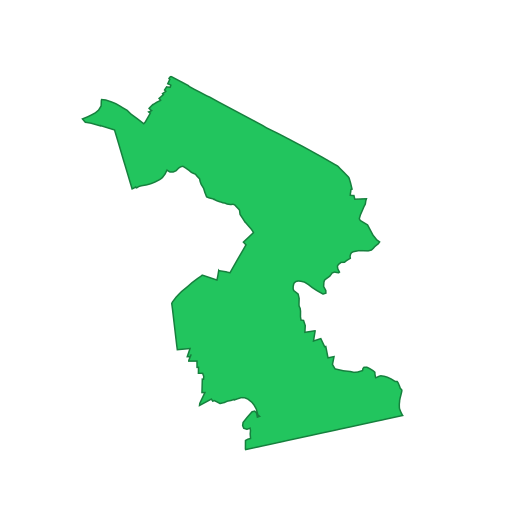 the district of Tuxtilla, Veracruz, Mexico, rotated 342°
{"feature_id": "50627088B40766797013882", "entity_name": "Tuxtilla", "entity_type": "district", "adm_level": 2, "iso_a3": "MEX", "parent_name": "Mexico", "parent_adm1": "Veracruz", "projection": "orthographic", "projection_center": [-95.881, 18.191], "detail": "fine", "context": "isolated", "style": "filled", "palette": "green", "viewbox_px": 512, "rotation_deg": 342, "n_neighbors": 0, "source": "geoboundaries", "source_scale": "gbopen_adm2", "svg_char_len": 5492}
<svg xmlns="http://www.w3.org/2000/svg" viewBox="0 0 512 512"><g transform="rotate(342 256 256)"><path d="M346.2,453.0L345.9,451.9L345.9,451.7L345.5,449.0L345.3,445.6L345.6,444.1L346.5,441.2L347.7,438.5L347.7,438.3L347.9,437.9L349.0,435.9L350.7,433.2L352.2,430.8L353.1,429.2L353.2,428.2L352.3,426.4L352.3,424.6L352.0,420.8L351.5,419.0L349.4,418.2L348.4,416.9L346.5,414.7L343.5,411.9L340.9,410.1L337.7,408.5L336.0,408.4L333.7,408.7L332.3,408.8L332.2,408.0L332.6,405.1L333.1,403.3L332.6,402.4L331.7,401.0L329.4,398.3L328.4,397.3L327.9,396.8L327.0,396.0L324.9,395.4L324.4,395.2L323.0,396.0L322.9,396.2L321.9,397.9L318.7,397.8L316.7,397.8L313.1,396.9L310.0,395.0L303.7,392.2L296.3,387.8L295.2,382.8L299.1,375.8L293.0,375.1L294.4,363.6L293.2,363.5L293.2,363.2L292.1,354.6L284.4,354.6L289.1,345.5L288.7,345.3L278.9,343.7L281.3,337.5L281.3,332.0L279.0,330.9L279.5,327.6L281.3,322.2L281.8,319.5L281.5,317.0L281.9,315.4L283.9,309.7L284.3,305.2L281.3,300.7L281.2,300.5L281.2,298.6L282.0,296.3L283.6,293.7L285.9,292.6L288.5,292.8L291.1,294.0L294.0,295.8L296.9,299.2L299.8,303.5L300.7,304.6L302.7,307.1L304.2,308.8L308.0,312.9L310.6,312.9L311.0,312.9L311.7,310.4L310.9,305.9L312.5,301.8L313.9,300.0L316.2,299.2L319.9,298.0L321.3,297.0L323.3,295.6L324.0,295.6L325.1,295.6L325.7,295.5L327.2,296.4L329.4,297.5L330.4,297.1L329.8,293.6L330.1,291.7L330.4,290.6L332.0,289.4L333.6,288.9L334.7,288.3L338.2,289.3L340.8,288.3L345.0,287.3L345.4,285.2L346.8,283.1L348.1,282.3L349.8,282.0L355.1,282.6L359.6,284.1L364.3,285.8L367.6,286.0L370.0,284.9L371.8,283.8L374.0,282.9L376.0,282.2L377.9,280.8L375.8,277.9L373.7,272.3L371.7,260.9L366.6,255.0L366.0,254.0L365.8,252.9L365.9,252.2L368.1,249.0L369.2,247.8L371.5,245.2L374.3,242.0L374.9,241.5L376.0,240.4L377.6,237.2L378.7,235.7L375.6,234.8L372.7,234.0L367.5,232.5L367.8,228.8L367.5,228.7L367.2,228.6L365.1,227.7L364.4,227.4L365.0,225.9L365.7,224.6L366.3,223.3L366.9,222.0L367.9,222.1L368.0,222.1L368.5,215.7L368.6,211.6L368.6,210.5L368.3,209.5L368.1,209.0L367.2,207.2L366.3,205.4L366.1,205.0L365.8,204.3L362.8,198.5L362.1,196.9L361.5,195.8L360.3,194.4L360.0,194.1L359.9,194.1L350.4,183.5L335.1,167.1L316.1,147.6L305.5,137.3L302.7,134.0L267.7,97.7L261.2,90.7L258.6,88.4L253.0,82.6L248.8,78.4L244.9,74.2L244.3,73.0L231.0,59.3L230.0,59.0L228.1,60.2L228.6,61.5L228.4,61.6L225.3,64.9L227.4,66.7L227.8,67.2L227.5,67.7L226.5,69.0L225.4,68.5L224.1,68.0L223.3,67.5L220.5,69.7L220.3,69.9L221.1,71.2L221.1,71.6L217.3,72.7L217.8,73.9L212.5,76.2L213.2,77.7L213.5,78.4L213.4,78.5L211.4,78.8L209.1,79.1L208.6,79.2L208.6,79.3L205.1,80.1L204.8,80.3L204.6,80.1L200.7,82.1L199.9,82.6L201.4,85.2L201.6,85.5L200.2,85.7L199.1,85.8L198.4,85.8L198.5,86.0L199.1,86.7L199.7,87.4L197.9,89.1L191.9,94.5L190.1,95.5L185.4,88.6L180.8,82.2L179.3,79.3L178.5,77.7L174.3,73.0L173.6,72.1L172.7,71.1L171.1,69.3L170.1,68.2L168.8,67.0L165.9,64.6L161.3,61.2L157.5,59.5L156.9,60.5L155.1,65.4L151.4,68.6L147.5,70.2L143.1,71.0L138.9,71.6L133.3,72.0L135.0,76.1L135.5,76.3L136.1,76.6L138.4,77.8L140.1,78.7L148.4,84.3L148.6,84.0L148.8,84.2L160.4,92.4L160.1,106.0L159.6,124.0L159.5,129.6L158.9,153.9L160.7,153.7L162.9,153.2L163.0,154.0L163.5,154.3L164.9,154.0L165.8,153.7L167.2,153.7L168.7,153.8L172.3,154.3L173.4,154.5L177.0,154.7L178.1,154.7L178.9,154.7L181.9,154.5L183.1,154.4L187.9,153.6L189.6,153.1L191.2,152.5L194.9,149.9L197.9,146.8L198.2,147.3L200.1,149.5L203.3,150.5L206.3,150.2L207.1,149.8L209.5,148.5L211.8,147.9L212.3,147.9L214.2,148.1L216.5,150.8L217.5,152.2L218.6,153.6L220.3,156.4L221.3,157.4L223.8,159.6L224.1,160.6L224.6,161.9L225.7,164.2L226.2,165.1L225.9,168.0L226.0,171.0L226.3,172.1L227.1,175.5L227.0,179.7L227.1,181.1L227.3,184.5L229.3,186.2L232.8,188.4L233.6,189.4L233.9,189.3L234.0,189.3L234.0,189.5L235.4,191.0L236.9,192.2L238.2,193.2L239.4,193.9L240.8,195.1L241.6,195.5L242.7,196.0L244.5,197.6L247.5,199.1L248.4,199.4L249.9,199.6L251.0,200.3L251.7,201.1L252.3,202.5L254.4,206.9L254.4,207.8L253.7,211.5L254.0,212.7L254.9,215.9L256.1,220.6L256.3,220.7L258.4,225.7L259.4,228.0L259.7,228.7L260.6,231.7L260.8,233.0L248.3,238.9L249.9,242.3L249.7,242.5L247.5,244.5L245.2,246.6L237.8,253.2L226.1,263.9L223.0,262.1L222.9,261.9L216.2,258.5L216.1,258.2L213.5,263.2L211.4,266.8L209.0,265.0L200.1,258.4L198.9,257.6L197.5,258.2L193.3,259.4L186.9,261.6L182.4,263.6L174.2,266.8L171.1,268.4L167.4,270.4L162.4,273.9L161.5,274.8L161.2,275.1L160.1,281.0L152.8,317.5L152.8,317.8L152.7,318.2L152.2,320.8L164.7,323.6L159.5,330.5L162.2,331.5L164.0,329.5L159.9,334.4L159.6,335.2L167.4,337.7L165.5,343.7L166.9,344.1L165.0,349.7L169.0,351.1L169.1,354.4L168.0,357.0L166.9,356.5L162.4,369.2L165.2,370.1L159.7,375.9L157.0,378.8L156.1,380.7L169.3,378.3L170.0,380.7L171.6,380.6L173.6,382.5L176.2,385.2L180.1,385.5L180.3,385.6L184.0,385.2L187.7,385.7L190.7,385.6L190.8,386.2L193.7,386.1L198.0,386.1L201.4,387.3L204.0,389.5L206.9,393.9L208.1,397.2L209.0,401.6L208.7,407.7L209.9,409.6L207.5,409.7L208.0,405.5L206.8,403.1L204.1,402.9L197.6,406.8L192.3,410.3L191.1,412.7L191.0,412.9L190.9,413.1L191.1,416.0L193.8,418.0L197.2,417.9L197.0,419.2L196.8,420.4L195.5,423.4L194.6,427.2L194.4,427.9L191.8,427.7L189.0,428.2L188.5,429.6L186.3,436.3L186.3,436.9L202.9,438.6L210.6,439.4L230.2,441.3L245.0,442.8L254.6,443.8L256.1,443.9L256.6,444.0L257.0,444.0L267.9,445.1L268.5,445.2L276.2,446.0L280.3,446.4L280.8,446.4L288.3,447.2L288.6,447.2L292.0,447.6L297.2,448.1L302.3,448.6L304.1,448.8L304.5,448.8L305.4,448.9L315.4,449.9L319.6,450.3L325.8,451.0L327.4,451.1L346.2,453.0Z" fill="#22c55e" stroke="#15803d" stroke-width="1.5"/></g></svg>